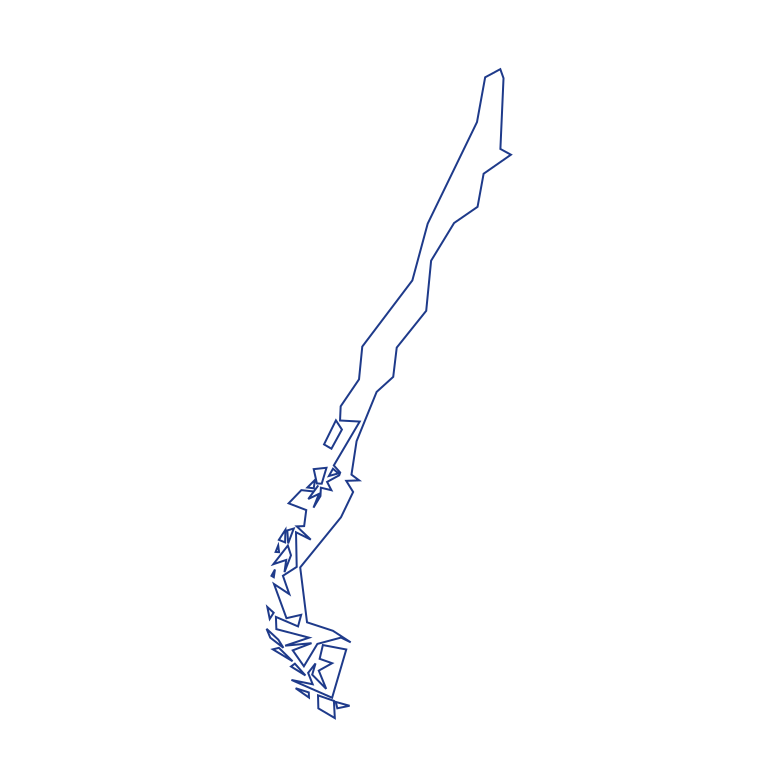 SVG path tracing the border of Chile, rotated 16°
{"feature_id": "CHL", "entity_name": "Chile", "entity_type": "country or territory", "adm_level": 0, "iso_a3": "CHL", "parent_name": "South America", "parent_adm1": "", "projection": "mercator", "projection_center": [-72.304, -36.699], "detail": "medium", "context": "isolated", "style": "outline", "palette": "blue", "viewbox_px": 768, "rotation_deg": 16, "n_neighbors": 0, "source": "natural_earth", "source_scale": "50m", "svg_char_len": 1978}
<svg xmlns="http://www.w3.org/2000/svg" viewBox="0 0 768 768"><g transform="rotate(16 384 384)"><path d="M396.7,61.3L409.0,49.3L414.6,57.1L431.1,126.0L442.8,128.6L421.8,154.4L425.1,187.9L407.0,209.9L395.3,252.5L404.4,302.0L386.2,345.5L390.9,374.6L379.1,393.6L373.4,446.5L377.7,480.1L386.7,483.5L374.4,487.5L384.1,496.3L379.4,523.9L354.0,583.4L375.7,634.3L402.9,635.3L423.2,641.5L412.6,639.6L391.6,652.2L384.8,677.4L369.7,665.2L385.8,653.1L361.1,662.8L381.9,648.5L348.1,649.3L344.3,637.7L368.2,640.7L368.0,628.7L354.8,636.0L333.4,606.6L350.9,612.1L339.7,596.2L350.5,583.9L340.3,550.8L356.5,553.8L339.4,544.9L346.4,542.6L344.0,526.6L325.2,525.0L333.8,508.8L346.1,506.7L348.8,499.6L342.9,515.4L351.8,507.5L350.3,522.3L353.8,509.2L351.9,501.1L362.7,500.6L356.3,493.8L366.1,484.1L366.3,481.2L358.2,476.1L371.0,426.8L351.8,431.2L348.5,417.4L358.7,386.4L352.8,354.0L382.7,276.6L381.8,217.8L401.2,106.6L396.7,61.3ZM420.9,649.6L420.6,699.9L376.6,694.0L398.2,692.3L390.7,682.6L395.2,671.5L395.1,683.2L412.5,693.0L400.3,677.5L411.1,666.7L397.9,665.9L397.2,651.8L420.9,649.6ZM351.3,460.7L343.0,458.6L347.8,432.2L356.1,439.4L351.3,460.7ZM341.8,574.3L340.2,592.3L338.5,580.1L327.3,587.7L336.1,565.8L341.8,574.3ZM406.4,701.5L423.2,702.4L428.8,718.7L410.3,713.9L406.4,701.5ZM351.8,480.4L351.6,497.0L346.9,498.1L339.9,485.2L351.8,480.4ZM355.7,666.6L372.5,675.7L350.3,669.7L355.7,666.6ZM375.4,677.4L388.8,685.8L372.5,681.2L375.4,677.4ZM439.6,702.8L428.5,708.6L425.3,702.9L439.6,702.8ZM337.1,547.8L335.8,563.6L331.4,551.4L337.1,547.8ZM332.6,563.5L325.9,562.8L329.4,551.3L332.6,563.5ZM364.8,482.5L356.4,487.6L358.3,479.5L364.8,482.5ZM333.3,630.5L341.0,634.3L338.9,641.3L333.3,630.5ZM338.6,651.7L352.9,658.9L360.0,665.3L344.6,659.2L338.6,651.7ZM345.2,503.6L338.9,504.6L344.1,495.2L345.2,503.6ZM382.9,700.8L396.7,701.2L398.3,706.1L382.9,700.8ZM326.8,568.4L329.5,574.6L326.1,575.3L326.8,568.4ZM330.3,592.4L331.3,600.1L328.7,599.4L330.3,592.4Z" fill="none" stroke="#1e3a8a" stroke-width="2"/></g></svg>